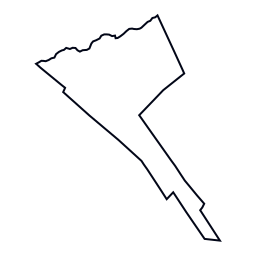 Embakasi South, Nairobi, Kenya (Equal Earth projection)
{"feature_id": "3690345B30654338580609", "entity_name": "Embakasi South", "entity_type": "district", "adm_level": 2, "iso_a3": "KEN", "parent_name": "Kenya", "parent_adm1": "Nairobi", "projection": "equal_earth", "projection_center": [36.875, -1.338], "detail": "fine", "context": "isolated", "style": "outline", "palette": "ink", "viewbox_px": 256, "rotation_deg": 0, "n_neighbors": 0, "source": "geoboundaries", "source_scale": "gbopen_adm2", "svg_char_len": 1068}
<svg xmlns="http://www.w3.org/2000/svg" viewBox="0 0 256 256"><path d="M157.5,15.4L155.2,17.3L152.4,18.0L150.3,20.8L147.6,21.9L144.7,24.6L141.4,27.7L139.6,28.7L136.9,29.2L134.0,29.0L132.1,28.6L129.2,28.9L126.3,31.2L123.5,33.9L120.2,36.4L117.6,38.0L115.6,38.2L115.0,35.6L112.1,36.1L109.1,34.6L106.6,34.4L104.2,34.4L101.3,35.7L99.6,38.5L96.0,40.3L93.1,41.4L91.4,43.5L89.4,48.5L86.8,49.9L82.7,50.2L79.9,51.6L77.5,50.3L75.5,48.0L72.6,47.8L69.9,49.0L66.2,47.9L63.9,49.9L61.9,50.4L58.9,51.9L56.1,54.1L54.4,57.6L51.4,58.3L48.7,60.0L45.7,61.2L43.4,60.9L41.4,60.8L38.9,62.3L36.1,63.8L40.6,67.8L59.1,83.0L61.8,85.2L65.1,87.8L63.2,92.1L89.4,115.5L118.4,139.9L138.4,158.1L141.5,160.9L143.7,164.3L145.1,166.3L147.1,169.1L159.8,188.5L166.7,199.2L173.2,192.3L175.6,195.9L186.3,212.2L191.5,219.8L204.6,238.9L219.9,240.6L200.2,210.2L202.3,207.5L204.2,203.7L197.1,195.5L190.2,187.1L184.8,180.6L180.7,174.4L175.1,165.8L171.2,160.5L148.5,128.4L139.2,115.2L156.6,97.1L163.2,90.2L180.9,76.1L184.2,73.5L182.8,70.3L174.2,51.5L157.5,15.4Z" fill="none" stroke="#020617" stroke-width="2"/></svg>